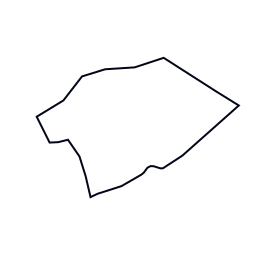 outline of Maracha, rotated 210°
{"feature_id": "UGA-3087", "entity_name": "Maracha", "entity_type": "District", "adm_level": 1, "iso_a3": "UGA", "parent_name": "Uganda", "parent_adm1": "", "projection": "mercator", "projection_center": [30.901, 3.252], "detail": "fine", "context": "isolated", "style": "outline", "palette": "ink", "viewbox_px": 256, "rotation_deg": 210, "n_neighbors": 0, "source": "natural_earth", "source_scale": "10m", "svg_char_len": 444}
<svg xmlns="http://www.w3.org/2000/svg" viewBox="0 0 256 256"><g transform="rotate(210 128 128)"><path d="M43.3,202.9L67.1,131.3L77.6,110.6L79.7,109.3L86.7,107.7L89.4,106.3L91.3,103.3L92.0,97.2L93.1,94.3L104.6,74.4L121.4,55.9L125.9,49.4L140.5,65.0L155.8,79.1L174.1,87.8L181.4,80.8L188.6,76.2L212.7,92.1L197.7,119.6L193.6,149.7L177.2,167.4L152.6,183.8L132.2,206.6L69.1,203.7L43.3,202.9Z" fill="none" stroke="#020617" stroke-width="2"/></g></svg>